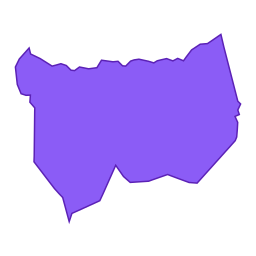 outline of Vicência, Pernambuco, Brazil
{"feature_id": "56859067B62472660799714", "entity_name": "Vicência", "entity_type": "district", "adm_level": 2, "iso_a3": "BRA", "parent_name": "Brazil", "parent_adm1": "Pernambuco", "projection": "natural_earth1", "projection_center": [-35.361, -7.666], "detail": "fine", "context": "isolated", "style": "filled", "palette": "violet", "viewbox_px": 256, "rotation_deg": 0, "n_neighbors": 0, "source": "geoboundaries", "source_scale": "gbopen_adm2", "svg_char_len": 938}
<svg xmlns="http://www.w3.org/2000/svg" viewBox="0 0 256 256"><path d="M220.9,34.4L207.5,43.6L200.2,44.2L191.6,49.9L186.2,57.0L183.5,60.8L177.7,58.4L172.9,60.9L166.6,58.6L161.2,59.8L157.2,60.8L153.8,62.9L148.6,61.3L138.9,59.2L134.1,59.9L130.6,61.1L125.7,66.1L122.5,65.8L118.0,61.3L113.0,61.8L101.5,60.2L96.9,67.7L88.6,68.8L79.5,67.0L74.6,70.6L71.0,70.2L66.3,65.5L60.9,63.7L56.0,65.1L52.1,66.1L40.2,58.6L30.6,54.0L29.1,48.0L19.3,59.0L15.4,67.0L17.3,84.5L21.1,93.7L26.0,95.3L30.4,95.1L29.9,102.2L34.8,107.9L34.7,111.5L34.2,156.2L34.0,161.8L54.5,188.6L59.0,193.6L62.7,197.5L69.2,221.6L71.9,213.4L99.8,200.7L103.0,193.8L107.5,183.7L115.7,165.3L123.5,176.5L130.2,182.4L148.7,181.2L151.6,180.1L167.6,174.5L171.8,176.1L178.5,178.6L189.1,182.5L197.1,183.1L235.2,140.7L236.7,137.0L237.3,129.5L237.7,122.4L235.0,116.4L239.3,114.5L237.8,110.0L240.6,104.0L237.8,101.2L223.8,46.8L220.9,34.4Z" fill="#8b5cf6" stroke="#5b21b6" stroke-width="1.5"/></svg>